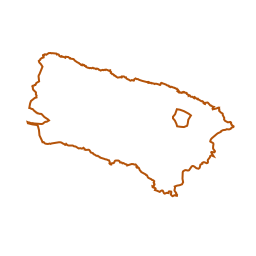 outline of Luilu, Kasaï-Oriental, Democratic Republic of the Congo, rotated 103°
{"feature_id": "63176286B70348427219396", "entity_name": "Luilu", "entity_type": "district", "adm_level": 2, "iso_a3": "COD", "parent_name": "Democratic Republic of the Congo", "parent_adm1": "Kasaï-Oriental", "projection": "equal_earth", "projection_center": [23.592, -7.312], "detail": "fine", "context": "isolated", "style": "outline", "palette": "amber", "viewbox_px": 256, "rotation_deg": 103, "n_neighbors": 0, "source": "geoboundaries", "source_scale": "gbopen_adm2", "svg_char_len": 5716}
<svg xmlns="http://www.w3.org/2000/svg" viewBox="0 0 256 256"><g transform="rotate(103 128 128)"><path d="M83.1,72.2L83.4,73.7L83.2,74.3L82.4,75.0L82.3,75.5L83.0,76.2L82.2,76.5L81.6,78.3L80.8,78.6L80.6,78.9L80.8,80.1L80.3,81.3L80.3,81.7L80.8,81.8L80.8,82.3L81.2,82.7L80.9,83.2L81.8,84.0L81.7,84.7L82.0,86.2L81.8,86.6L81.3,86.3L81.1,87.6L80.4,87.0L79.6,87.9L80.0,88.3L78.8,89.2L79.0,89.7L78.5,90.8L78.6,91.5L78.3,92.1L78.4,92.9L78.1,94.4L78.1,95.5L78.6,95.7L78.5,96.7L78.2,97.6L77.8,97.6L77.6,98.0L77.6,99.9L77.2,100.5L76.8,103.3L76.8,104.5L76.6,104.8L76.8,105.2L76.6,105.7L77.1,106.1L78.6,106.2L78.9,106.5L78.6,108.3L78.5,110.2L78.7,111.3L79.2,112.1L78.8,112.9L79.0,113.7L78.8,115.1L79.2,115.3L78.5,118.6L78.6,118.9L79.4,118.0L79.5,118.4L79.0,119.5L78.9,124.5L78.6,127.9L78.1,129.4L78.4,130.4L78.0,131.8L79.3,132.9L80.4,132.9L80.6,133.3L80.4,135.0L81.3,136.1L81.2,136.9L80.6,138.4L80.6,139.2L80.1,140.7L79.1,141.4L79.4,142.2L78.7,143.6L79.2,145.8L79.6,145.9L79.7,145.4L80.1,145.4L80.3,145.8L80.1,146.5L80.3,147.2L81.2,149.3L80.7,151.1L80.1,151.8L80.0,152.5L80.1,153.0L79.9,153.4L79.5,153.5L78.9,154.9L79.1,155.5L78.6,156.1L78.4,156.9L78.1,157.3L77.3,157.1L76.6,157.9L76.6,158.6L75.9,158.6L76.4,159.7L76.0,162.4L76.1,162.8L76.7,163.3L76.6,164.2L77.2,165.0L77.1,165.9L78.2,167.7L77.7,168.9L77.8,169.5L77.2,170.4L77.1,171.0L77.2,172.0L77.8,172.4L77.4,173.9L77.6,175.0L77.2,175.7L77.3,176.1L78.0,176.9L78.0,178.3L78.4,179.2L78.2,179.8L78.3,181.0L77.9,182.6L77.2,182.9L77.3,184.1L76.7,184.5L76.5,184.9L76.9,185.9L76.5,186.0L76.3,186.4L76.4,186.8L77.2,187.1L77.1,188.0L76.6,188.6L76.2,189.9L75.8,190.3L75.4,192.2L74.2,195.2L73.4,196.0L73.1,196.9L73.4,200.0L72.9,200.2L73.0,200.7L72.3,202.1L72.6,204.8L73.6,204.9L73.2,206.7L73.4,207.9L72.9,208.7L72.9,209.1L73.7,209.4L73.3,211.0L72.1,211.9L71.9,213.0L72.4,213.8L71.6,214.5L72.1,218.5L72.5,219.6L72.3,220.1L72.8,222.0L75.0,224.1L74.8,224.8L74.9,225.6L75.6,225.9L75.6,226.6L76.1,227.2L76.7,227.1L77.7,226.1L78.2,226.1L79.2,227.7L80.4,228.8L81.3,228.9L82.7,230.0L84.1,229.2L85.4,227.2L87.5,225.1L95.6,226.4L96.7,226.8L97.7,226.8L102.6,225.1L104.7,227.4L106.9,227.9L107.1,228.8L107.9,229.2L108.4,230.5L108.9,230.6L110.2,229.7L111.3,229.5L112.2,228.7L114.0,225.7L116.0,225.3L116.9,224.4L117.6,224.5L118.8,224.0L119.7,225.6L123.5,228.6L126.1,228.9L130.7,228.7L130.7,227.5L131.1,226.4L131.0,225.2L132.8,222.6L132.8,221.9L133.6,220.9L133.6,220.2L134.1,219.6L133.9,218.9L134.1,217.7L133.8,215.9L133.9,215.3L136.1,212.0L137.7,207.7L138.4,206.7L140.2,208.6L140.5,209.8L141.2,210.6L143.1,212.1L143.6,213.2L144.7,220.5L144.7,221.9L145.1,223.9L144.8,225.3L145.0,225.8L144.8,227.2L145.9,226.6L146.0,222.2L145.6,217.6L146.2,216.3L150.0,214.3L155.1,212.6L159.3,209.3L161.1,208.1L160.7,207.0L161.5,206.0L161.8,205.0L161.7,203.0L161.4,202.0L160.8,200.8L160.9,199.9L160.3,199.1L157.4,192.0L157.1,190.4L157.2,189.4L157.7,188.2L158.1,186.3L158.6,185.4L158.4,185.1L157.4,184.7L158.2,183.4L158.4,182.7L158.4,181.7L157.5,177.9L158.0,176.4L157.8,174.9L159.0,171.5L158.4,169.8L158.5,168.5L158.3,167.9L157.3,167.0L157.9,165.8L158.6,165.0L158.8,165.1L158.9,164.3L158.0,161.4L158.3,160.6L159.3,159.5L160.2,158.8L160.4,156.5L161.2,155.8L161.4,155.2L161.3,154.8L162.2,152.6L161.9,151.1L162.4,150.5L162.5,149.2L163.1,148.5L163.4,144.3L163.6,143.3L163.5,141.7L163.9,139.7L163.8,139.2L165.3,138.1L166.7,138.1L167.4,136.9L167.3,136.1L166.3,136.2L165.8,135.5L165.7,134.6L164.9,133.7L163.7,133.6L162.8,133.2L162.4,132.5L161.9,130.2L162.0,129.5L162.3,128.8L163.4,127.9L163.0,126.5L163.7,125.5L163.2,124.6L163.9,122.2L163.8,121.4L164.0,120.8L164.7,120.4L162.3,116.4L162.0,114.9L162.2,113.5L161.8,112.4L163.2,110.5L163.9,111.1L164.3,110.9L164.7,110.2L164.3,108.8L164.5,108.4L166.6,106.9L167.1,106.0L167.9,105.2L169.3,100.2L169.8,99.8L169.9,98.8L171.4,97.7L172.0,96.9L172.7,93.7L173.2,92.9L173.3,91.5L173.9,90.5L174.8,90.4L175.5,90.7L176.8,89.5L177.4,89.5L177.7,89.9L178.7,89.7L179.3,90.0L179.2,91.1L180.0,90.8L180.2,90.4L180.5,87.8L180.8,87.5L182.4,87.8L182.5,86.2L183.1,82.7L181.9,81.8L181.4,81.2L181.2,80.6L181.3,80.0L183.4,78.3L183.7,77.7L183.6,77.3L182.5,75.8L182.3,73.8L180.8,74.0L180.5,73.7L180.2,71.8L180.6,71.4L183.3,71.2L184.3,69.6L184.4,69.1L183.1,67.7L183.1,65.1L182.6,65.1L182.0,65.7L181.7,65.5L181.1,66.4L180.4,66.5L179.2,68.0L178.3,68.7L175.2,68.8L174.5,69.3L173.1,67.2L172.1,64.8L170.7,62.7L168.4,62.1L165.2,63.5L158.9,64.7L157.9,64.6L156.5,63.3L156.0,62.2L156.0,60.3L155.8,59.6L155.4,59.0L151.1,57.3L150.5,56.5L150.4,55.8L150.7,54.5L151.5,53.0L151.8,52.1L151.8,50.1L150.6,49.2L147.4,49.2L146.1,47.5L145.2,47.8L144.3,46.6L144.2,45.7L144.6,43.4L144.1,42.6L143.1,42.4L142.1,42.9L141.1,43.0L138.1,41.6L136.8,41.6L135.9,40.6L136.3,38.2L133.1,41.4L132.6,41.3L132.3,38.5L131.5,38.0L131.0,38.1L129.2,40.2L128.5,40.6L126.2,41.0L125.0,41.0L123.8,41.4L123.4,42.1L122.8,44.6L122.5,44.9L120.5,44.7L119.1,44.0L114.0,40.2L113.1,39.5L110.9,36.7L110.0,36.5L108.7,34.9L107.8,32.5L107.0,31.6L106.7,29.4L106.4,28.7L105.6,27.7L104.4,27.2L103.5,25.7L103.0,25.4L102.6,25.5L101.8,27.6L101.2,27.8L100.6,28.7L99.5,28.8L99.1,29.6L100.0,32.0L99.2,35.0L98.1,36.3L96.5,36.5L94.1,38.6L93.0,38.8L92.6,39.2L91.9,41.4L91.2,42.1L90.8,43.0L89.7,43.3L89.1,43.2L88.5,44.0L87.7,43.9L87.8,44.5L89.0,46.1L90.1,48.3L90.0,48.9L90.7,49.5L90.2,50.0L89.2,49.8L88.1,49.2L88.1,50.4L87.4,52.2L87.6,52.7L85.4,55.8L85.3,56.3L86.3,58.8L87.3,58.5L87.3,58.8L86.7,60.1L85.6,60.5L85.1,61.5L85.4,62.4L84.3,65.9L84.0,66.2L84.4,66.7L84.2,67.1L83.8,67.0L83.9,68.1L82.8,70.2L83.1,70.5L83.6,70.0L84.1,70.2L83.1,72.2ZM101.6,69.5L106.3,71.1L110.2,70.8L112.5,70.9L114.5,73.7L115.0,77.0L115.3,80.5L113.0,81.8L110.2,84.0L108.5,86.3L106.9,86.7L104.0,85.2L98.7,84.6L98.5,81.5L99.0,77.3L100.4,72.2L101.6,69.5Z" fill="none" stroke="#b45309" stroke-width="2"/></g></svg>